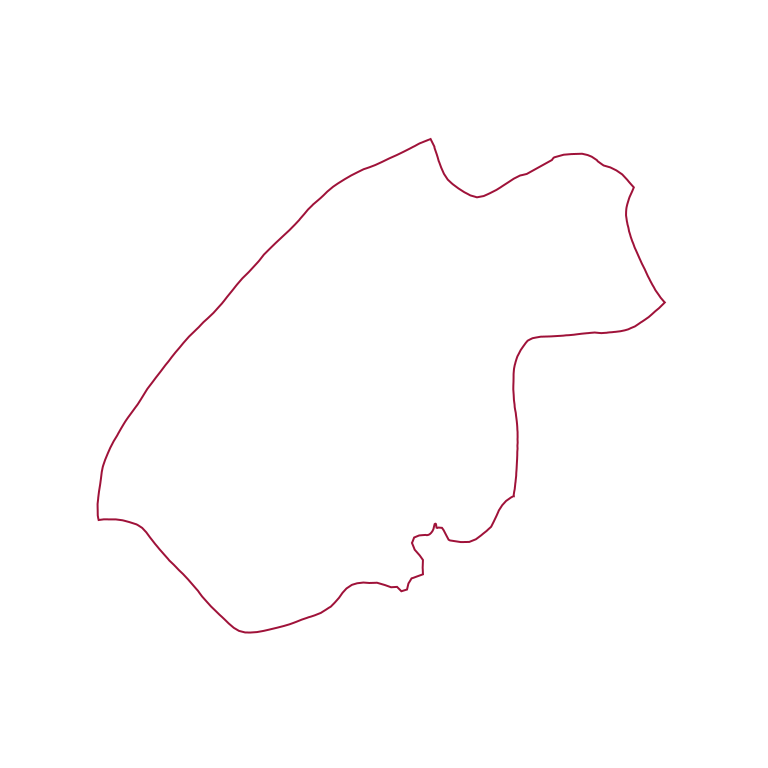 Ad Dulay'ah, Hadramawt, Yemen (Albers equal-area conic projection), rotated 107°
{"feature_id": "15242507B8260286715328", "entity_name": "Ad Dulay'ah", "entity_type": "district", "adm_level": 2, "iso_a3": "YEM", "parent_name": "Yemen", "parent_adm1": "Hadramawt", "projection": "albers", "projection_center": [47.896, 15.014], "detail": "fine", "context": "isolated", "style": "outline", "palette": "rose", "viewbox_px": 768, "rotation_deg": 107, "n_neighbors": 0, "source": "geoboundaries", "source_scale": "gbopen_adm2", "svg_char_len": 5914}
<svg xmlns="http://www.w3.org/2000/svg" viewBox="0 0 768 768"><g transform="rotate(107 384 384)"><path d="M453.2,227.1L451.8,227.6L450.3,227.8L449.0,228.0L446.0,228.3L444.8,228.6L444.5,228.6L443.0,228.9L440.0,229.5L439.6,229.5L437.2,230.0L434.0,230.6L433.0,230.8L430.4,231.5L426.8,232.3L423.2,233.2L420.0,234.0L416.7,234.8L415.2,235.2L413.3,235.7L409.9,236.7L406.7,237.4L405.6,237.8L403.9,238.4L401.6,238.9L401.1,239.0L398.5,239.9L398.0,240.1L395.7,240.7L392.6,241.7L390.9,242.2L388.7,243.1L386.1,244.0L383.3,245.1L380.9,246.1L378.2,247.3L375.6,248.5L375.1,248.7L373.0,249.6L370.4,251.0L368.0,252.2L365.6,253.1L361.2,255.1L356.5,256.8L353.9,257.8L351.3,258.8L347.5,259.9L343.7,260.9L339.9,262.0L336.9,262.9L335.7,263.2L331.5,264.1L327.7,264.5L326.3,264.5L324.7,264.6L323.0,264.6L321.1,264.6L318.5,264.5L317.6,264.3L315.5,263.9L311.6,263.2L309.4,262.5L307.2,261.8L304.9,261.0L303.4,260.5L300.6,259.3L298.7,257.4L297.2,255.8L296.7,255.2L295.0,252.0L294.4,250.8L293.0,248.1L291.1,242.5L290.4,240.4L289.6,238.1L289.0,236.5L288.0,233.8L287.4,232.2L286.3,229.2L285.3,226.6L284.2,224.1L283.2,221.3L281.3,216.7L280.1,214.1L278.0,209.4L276.1,204.8L275.6,203.5L275.1,202.4L273.5,198.4L273.2,197.7L272.3,193.3L271.9,191.5L271.7,190.7L271.4,190.0L270.7,188.2L269.8,185.8L269.5,185.3L268.6,183.2L268.0,181.6L267.5,180.4L267.0,179.3L266.5,178.0L264.4,173.3L262.2,169.3L260.3,166.4L258.3,164.2L255.6,160.9L252.4,158.3L249.6,156.1L249.1,155.6L245.9,153.0L244.6,152.0L242.7,150.5L239.2,148.3L235.0,145.8L231.1,143.2L228.3,141.7L223.9,139.3L223.3,140.4L220.5,144.8L219.9,145.5L217.0,149.2L215.0,151.8L212.5,154.3L210.6,156.4L209.5,157.5L207.6,159.4L206.9,160.1L206.1,160.8L204.6,162.3L203.7,163.2L201.0,165.6L197.8,168.4L196.9,169.3L195.1,171.0L194.0,172.1L192.9,173.1L189.8,175.8L189.5,176.1L186.0,179.1L182.2,182.4L181.0,183.5L180.2,184.2L176.7,186.8L174.8,188.4L174.1,188.9L171.1,191.1L168.9,192.5L166.3,194.3L163.4,195.8L161.9,196.7L160.2,197.8L158.4,198.7L157.6,199.2L154.8,200.5L152.5,201.6L151.8,201.9L149.3,202.6L148.6,202.8L146.0,203.4L144.8,203.6L144.0,203.7L141.0,203.9L138.0,203.9L136.2,203.9L135.0,203.9L133.2,203.8L130.2,203.4L127.2,203.0L124.2,202.7L122.9,202.6L121.3,205.3L119.2,208.7L117.6,211.1L113.9,217.5L111.8,224.2L110.7,230.9L110.8,237.3L110.8,237.9L110.2,239.8L108.5,244.8L107.7,245.8L105.9,251.8L105.5,256.2L105.9,261.9L109.3,271.9L112.2,279.2L117.5,287.5L118.8,288.3L120.7,288.9L141.4,308.9L143.7,312.8L144.8,314.8L149.7,319.9L155.0,324.3L160.2,328.7L161.7,329.9L165.5,333.2L170.5,338.4L172.4,340.5L175.1,343.6L178.3,349.7L178.3,351.9L178.4,356.6L177.8,359.4L177.1,363.3L175.2,370.0L172.9,376.5L172.2,378.1L169.9,382.8L165.5,388.1L160.3,392.6L155.8,396.0L154.9,396.8L151.6,398.9L149.1,400.6L144.3,404.1L143.3,404.8L142.3,405.2L136.1,411.1L143.5,420.3L144.8,421.6L147.5,424.2L148.7,425.5L151.4,428.2L156.1,433.1L157.7,434.8L161.4,438.8L166.7,444.9L172.2,450.8L177.1,456.3L178.2,457.7L181.0,461.3L183.1,464.2L184.5,466.2L185.8,467.6L189.1,471.1L194.2,476.4L195.5,477.6L199.7,481.5L205.0,486.1L205.8,486.8L210.3,490.4L212.3,491.7L216.6,494.5L220.7,496.7L221.6,497.2L224.7,499.0L227.1,500.5L233.2,504.4L233.7,504.6L239.4,507.7L244.7,509.9L250.5,512.5L251.9,513.0L257.8,515.9L261.4,517.8L264.5,519.4L269.5,522.3L272.6,524.1L280.6,528.7L285.5,531.4L288.1,532.8L295.4,536.7L302.5,539.4L304.3,540.2L309.1,542.5L316.8,546.2L324.3,550.3L331.8,553.6L333.8,554.4L339.2,556.5L346.3,559.4L351.6,561.4L352.8,561.9L354.1,562.4L358.8,564.6L364.4,567.2L365.9,567.9L372.8,571.8L377.6,574.7L381.2,576.5L383.7,577.7L387.1,579.6L389.3,580.8L395.6,584.3L403.3,587.8L408.9,590.1L414.6,592.6L420.4,594.9L424.6,596.4L425.9,596.9L429.5,598.4L431.1,599.0L438.0,601.5L444.5,604.0L449.0,605.6L450.9,606.3L457.6,608.8L459.4,609.3L464.0,610.5L470.1,612.1L475.5,613.6L479.4,615.0L482.6,616.1L489.2,618.4L490.3,618.8L493.7,619.9L495.7,620.5L498.8,621.3L503.3,622.4L509.1,623.7L511.2,624.1L517.8,625.8L524.9,627.1L530.7,627.8L537.9,628.5L544.0,628.7L544.7,628.7L545.5,628.7L550.6,628.2L556.8,627.1L562.3,626.2L563.6,626.0L570.2,625.1L576.5,624.0L576.8,623.9L582.6,622.8L586.3,621.6L587.8,621.1L593.4,619.3L595.8,618.1L597.5,617.1L595.3,612.3L593.6,606.5L592.3,602.1L591.9,600.9L590.8,594.4L590.7,593.0L590.5,587.0L590.6,579.6L591.0,577.8L592.3,573.2L594.5,569.4L595.3,568.0L599.2,562.8L601.0,560.2L603.9,556.1L605.9,553.0L607.7,550.3L611.4,544.3L614.4,539.4L615.5,537.8L616.9,535.0L618.3,532.2L622.0,525.6L623.3,523.0L624.5,520.6L628.0,514.5L632.0,508.1L634.9,503.5L636.1,501.5L637.9,499.2L640.4,495.8L643.8,490.2L647.3,484.4L650.0,479.1L652.8,473.7L654.2,470.7L655.3,468.5L656.1,466.9L658.4,462.5L660.5,457.7L661.1,456.3L662.5,450.5L662.2,444.1L660.7,439.0L660.5,438.5L658.4,433.0L656.0,428.3L655.1,426.6L652.0,421.2L651.8,420.9L648.1,414.6L646.5,412.0L644.8,409.2L642.1,405.1L641.3,403.9L638.9,400.7L637.8,399.3L637.2,398.5L633.4,393.8L630.1,389.2L629.1,387.9L627.9,386.0L625.4,382.5L623.7,380.4L621.3,377.4L620.1,376.4L617.0,373.7L614.1,371.3L612.5,369.8L607.7,367.3L607.1,367.0L601.6,364.5L595.8,362.6L590.5,360.1L585.6,356.1L585.2,355.6L582.4,351.4L580.8,347.7L579.9,345.7L578.6,339.9L576.9,334.9L576.1,332.6L576.0,324.3L576.3,317.8L574.2,312.2L577.1,306.8L576.1,305.3L573.8,301.9L567.6,302.3L565.4,301.7L561.8,300.8L560.8,299.3L558.5,296.3L554.6,291.1L549.2,293.0L548.8,293.2L540.9,295.3L537.5,299.7L533.5,306.2L531.7,307.6L527.8,310.8L526.4,310.6L522.0,310.3L518.7,306.3L518.5,306.0L517.4,303.3L516.2,300.2L516.0,298.7L515.2,297.3L514.3,296.4L512.8,295.5L510.7,294.7L508.3,294.3L505.2,294.5L503.2,294.6L502.6,294.1L502.6,293.6L503.4,293.0L506.0,291.8L506.1,291.0L505.4,290.1L504.6,286.5L506.4,284.2L510.5,280.2L513.1,277.6L514.0,276.7L514.3,275.2L512.7,264.2L510.1,256.3L505.6,250.7L500.4,246.9L498.1,245.4L494.5,242.9L492.7,241.9L489.2,239.8L483.4,238.8L482.0,238.6L477.4,237.9L473.4,237.4L471.3,237.2L465.3,235.5L460.2,233.1L459.8,232.8L455.4,229.4L453.2,227.2L453.2,227.1Z" fill="none" stroke="#9f1239" stroke-width="2"/></g></svg>